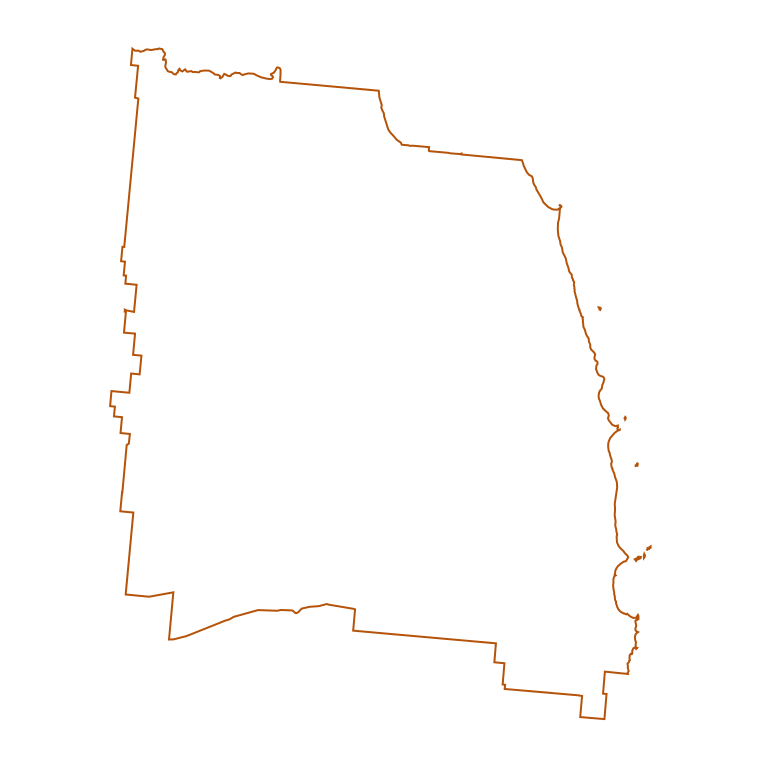 the district of Dandaragan, Western Australia, Australia, rotated 185°
{"feature_id": "25037944B25957721357526", "entity_name": "Dandaragan", "entity_type": "district", "adm_level": 2, "iso_a3": "AUS", "parent_name": "Australia", "parent_adm1": "Western Australia", "projection": "orthographic", "projection_center": [115.251, -30.541], "detail": "fine", "context": "isolated", "style": "outline", "palette": "amber", "viewbox_px": 768, "rotation_deg": 185, "n_neighbors": 0, "source": "geoboundaries", "source_scale": "gbopen_adm2", "svg_char_len": 6164}
<svg xmlns="http://www.w3.org/2000/svg" viewBox="0 0 768 768"><g transform="rotate(185 384 384)"><path d="M115.7,116.4L116.1,117.5L115.2,119.3L116.5,122.5L116.3,123.9L117.1,126.5L115.6,128.6L115.6,129.8L115.0,130.3L115.6,132.4L115.6,135.0L115.0,136.3L114.3,136.9L113.6,136.5L113.2,137.0L113.4,140.1L112.6,142.4L111.2,143.4L109.7,142.0L108.8,143.1L109.8,143.3L110.4,144.6L110.6,147.0L110.4,148.6L111.5,150.9L112.0,154.1L111.5,156.7L110.7,157.8L109.3,159.0L110.9,159.6L112.1,160.8L112.2,162.6L111.6,165.1L113.0,169.7L112.5,170.6L112.0,171.1L111.5,171.0L111.5,171.5L110.6,172.3L110.1,172.1L110.1,172.9L111.0,172.5L111.4,172.7L111.6,173.3L111.3,174.1L110.5,174.1L110.3,175.0L110.9,176.1L111.7,174.7L111.8,173.9L112.7,173.1L115.4,172.7L118.6,174.0L121.7,176.3L122.6,175.6L125.0,176.5L125.4,176.3L127.0,177.2L128.0,177.4L129.6,178.7L131.0,180.2L132.2,182.2L133.7,185.7L133.8,187.3L135.0,189.1L135.8,193.5L136.3,194.3L136.5,196.4L137.5,199.6L138.2,203.3L138.1,206.3L138.5,209.4L137.8,212.6L136.5,213.5L137.6,214.3L137.2,215.4L137.4,216.5L137.2,218.3L136.7,220.0L135.2,222.8L132.8,225.4L129.8,227.8L127.5,228.7L125.6,232.6L126.5,234.2L129.0,236.2L131.1,238.6L134.8,241.5L136.4,243.4L138.1,246.6L138.9,251.6L138.9,253.2L138.5,254.3L139.7,257.6L139.9,259.0L141.3,263.2L141.3,267.3L142.8,273.6L142.9,279.2L143.7,284.8L142.7,301.3L143.2,304.8L143.6,306.9L145.8,311.6L146.8,314.9L148.8,318.3L149.0,319.0L148.9,319.6L149.7,320.3L150.1,321.3L150.8,324.4L150.3,325.7L150.3,327.5L152.8,333.2L153.1,334.9L154.3,336.9L155.2,340.9L155.4,343.7L155.2,346.0L153.9,350.0L150.2,355.1L147.5,357.7L145.3,358.6L145.2,359.1L147.2,358.2L147.1,358.9L147.6,359.6L147.7,360.4L147.0,361.3L147.4,362.2L147.4,363.0L149.9,362.2L153.1,363.3L156.9,367.4L157.9,369.4L157.3,372.1L158.0,374.3L161.8,377.1L162.3,377.8L162.9,377.9L163.9,379.0L166.0,382.3L167.4,386.0L168.6,388.1L169.2,390.6L169.0,394.3L167.9,396.8L166.6,398.4L166.5,401.8L165.7,403.8L164.9,408.3L166.2,410.3L169.2,410.9L171.2,412.0L172.4,413.8L173.1,415.6L174.1,417.2L173.9,421.0L173.0,422.7L173.2,424.1L173.5,424.8L175.4,425.9L176.4,427.2L176.7,428.8L176.2,431.9L177.4,433.7L180.9,436.6L181.8,438.8L181.9,440.9L183.6,444.3L184.1,447.2L186.3,450.0L187.3,451.9L188.5,455.3L190.4,458.5L190.8,461.3L191.4,463.4L191.3,465.0L192.0,466.9L191.6,467.8L193.3,468.9L194.1,471.2L195.9,474.6L195.7,475.2L196.4,475.9L198.0,479.9L198.7,482.4L198.9,484.3L199.7,485.7L202.3,493.1L202.3,494.9L202.8,496.0L202.7,497.1L203.5,499.0L203.4,502.1L204.8,503.8L204.8,504.7L205.5,505.4L206.2,507.1L206.5,509.3L208.7,511.4L209.7,513.1L210.1,515.1L212.5,520.3L213.9,525.1L217.3,530.5L218.6,535.4L220.3,538.5L221.0,541.6L223.2,546.8L224.3,552.7L224.7,559.5L224.0,564.4L224.0,574.1L224.5,574.4L225.9,573.0L227.1,572.7L230.4,572.6L231.8,572.9L235.7,574.5L240.9,578.7L244.1,584.1L248.9,590.7L250.2,593.8L251.9,595.7L253.2,598.9L253.5,601.0L254.4,603.2L255.0,603.9L257.6,604.9L259.4,606.6L260.6,608.1L263.8,613.5L265.0,616.7L266.2,619.0L326.9,619.4L326.9,620.3L328.3,619.7L335.2,619.6L338.7,619.6L339.6,619.9L359.3,619.9L359.7,620.4L359.7,623.9L376.2,623.9L378.6,623.5L380.6,623.9L387.2,623.9L388.3,625.9L392.9,628.6L395.1,631.0L399.8,635.2L402.0,638.1L407.1,650.4L407.8,653.8L409.3,656.1L410.7,658.8L410.8,659.7L410.5,661.6L413.5,668.9L414.8,675.7L513.7,676.0L514.0,677.2L514.0,681.8L514.4,688.0L515.2,689.4L517.3,690.2L518.4,689.7L519.3,687.3L520.8,684.6L523.6,682.9L523.7,682.4L523.5,682.0L521.9,681.0L521.3,679.9L522.0,678.4L523.9,677.8L527.0,677.9L533.1,678.8L537.3,680.2L540.6,681.7L546.0,681.6L549.3,680.6L551.6,679.5L552.9,679.8L555.0,681.2L557.7,681.0L559.2,681.3L562.9,679.0L563.5,677.7L564.4,677.2L566.5,677.4L569.2,678.8L570.2,679.0L571.7,675.9L573.5,674.2L574.2,674.5L574.2,676.4L574.9,677.0L576.8,677.5L579.6,677.6L580.8,678.7L585.5,680.9L590.4,680.6L594.5,679.6L595.3,678.5L596.1,678.3L599.8,678.4L601.6,678.1L603.3,678.9L607.3,677.9L608.3,678.6L608.7,679.3L609.6,680.1L612.1,677.8L614.6,678.8L614.9,679.9L615.3,680.2L616.2,678.7L616.6,676.5L617.9,675.3L618.3,674.3L619.6,674.2L620.6,674.5L622.8,676.2L624.2,676.2L626.5,676.7L629.2,680.2L629.6,681.7L629.2,685.3L629.8,688.1L630.1,688.3L632.2,687.6L632.4,688.1L632.0,690.7L631.0,692.6L631.0,694.0L631.6,695.1L632.2,695.4L634.2,698.3L636.2,698.4L636.7,698.7L638.2,698.3L638.6,697.8L639.9,697.8L645.0,696.4L649.4,696.7L651.3,695.8L652.0,695.1L655.6,693.7L657.6,694.7L660.6,694.3L661.4,694.5L663.8,696.1L663.9,679.7L656.7,679.6L657.0,647.5L653.6,647.0L654.7,497.9L656.5,497.9L656.6,483.4L652.7,483.3L652.8,469.5L650.4,469.5L650.4,461.4L639.1,461.3L639.3,434.0L647.0,434.9L648.5,435.4L648.2,434.5L648.6,434.7L648.6,433.5L647.4,433.5L647.5,412.5L636.4,412.5L636.5,391.2L628.1,391.1L628.3,372.3L636.8,372.4L636.9,353.1L654.9,353.2L654.9,338.1L650.1,338.0L650.2,328.2L642.1,328.1L642.2,312.2L632.8,312.1L633.0,302.3L635.0,300.9L635.2,253.2L635.5,253.3L635.6,234.2L622.5,234.1L623.0,151.8L599.5,151.6L575.7,158.1L575.9,110.7L571.3,111.3L558.9,115.6L521.6,134.4L517.3,136.1L513.5,138.9L489.8,147.8L470.6,148.8L467.1,149.9L456.2,150.4L455.3,150.3L452.4,148.2L451.4,148.1L449.8,148.9L446.4,153.1L438.6,155.6L429.6,157.0L421.9,159.8L419.2,159.3L395.1,157.4L393.2,157.0L393.2,135.6L249.9,135.4L249.8,116.4L239.7,116.3L239.6,95.0L237.1,94.9L237.2,90.7L163.9,90.8L159.5,90.5L159.5,69.3L135.2,69.4L135.3,94.6L138.8,94.6L138.9,116.7L115.7,116.4ZM113.1,234.1L115.6,234.1L117.0,232.3L118.9,231.3L117.4,229.7L116.8,230.9L113.4,232.7L113.2,233.0L113.1,234.1ZM107.5,241.9L107.1,241.8L106.2,243.2L105.4,242.9L104.9,243.8L104.1,244.2L104.3,245.5L106.2,243.8L107.1,243.7L107.1,242.7L107.5,241.9ZM124.3,324.7L124.5,325.5L124.2,326.2L124.4,327.0L124.7,327.1L125.0,326.8L124.9,325.8L125.3,325.6L125.3,325.1L126.0,325.1L126.3,324.8L126.1,324.3L125.2,324.7L124.6,324.5L124.3,324.7ZM175.7,479.0L176.8,479.0L175.7,477.4L175.7,476.9L175.2,476.7L175.1,477.8L174.6,477.9L174.6,478.3L175.6,478.6L175.7,479.0ZM109.5,234.9L109.2,236.3L109.9,237.4L110.2,235.8L109.9,233.4L109.1,234.7L109.2,235.0L109.5,234.9ZM140.4,369.9L140.3,371.7L140.8,372.2L141.4,370.9L140.8,370.3L140.6,369.6L140.4,369.9ZM224.4,577.6L224.6,577.2L223.4,576.6L223.2,575.7L222.9,575.6L222.7,576.2L223.1,576.9L224.4,577.6Z" fill="none" stroke="#b45309" stroke-width="2"/></g></svg>